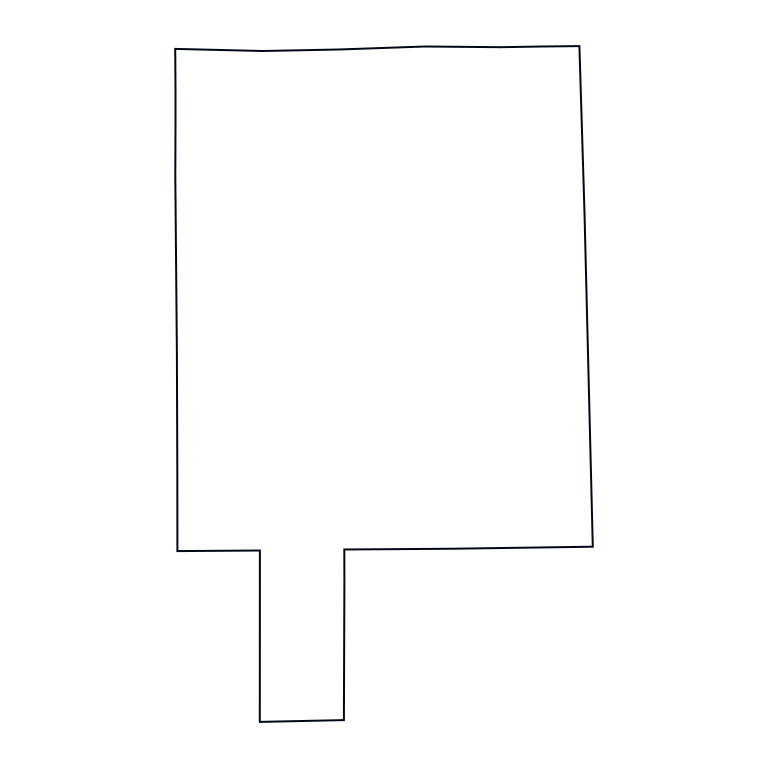 LaSalle, Illinois, United States of America (Albers equal-area conic projection)
{"feature_id": "52423323B71481702095612", "entity_name": "LaSalle", "entity_type": "district", "adm_level": 2, "iso_a3": "USA", "parent_name": "United States of America", "parent_adm1": "Illinois", "projection": "albers", "projection_center": [-88.932, 41.279], "detail": "fine", "context": "isolated", "style": "outline", "palette": "ink", "viewbox_px": 768, "rotation_deg": 0, "n_neighbors": 0, "source": "geoboundaries", "source_scale": "gbopen_adm2", "svg_char_len": 405}
<svg xmlns="http://www.w3.org/2000/svg" viewBox="0 0 768 768"><path d="M579.4,46.1L542.2,46.5L500.5,47.2L424.9,46.5L338.7,49.5L262.5,51.0L175.2,48.9L175.3,59.2L175.5,90.4L175.5,125.3L175.3,176.1L176.9,353.8L177.3,466.6L177.4,551.1L259.9,550.5L259.8,721.9L343.9,720.1L344.4,581.8L344.3,549.5L429.9,548.9L454.6,548.7L592.8,546.7L584.5,213.0L579.4,46.1Z" fill="none" stroke="#020617" stroke-width="2"/></svg>